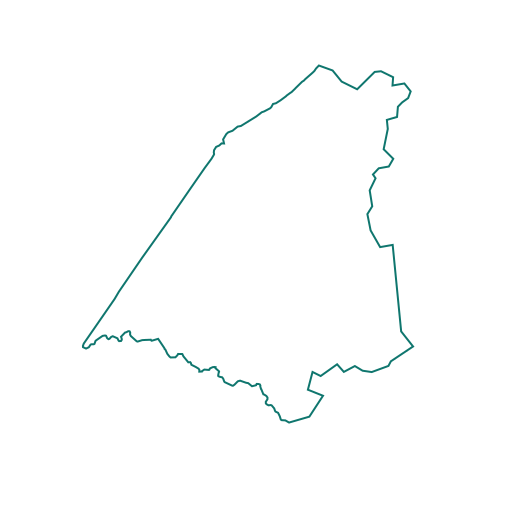 Pike, Kentucky, United States of America (orthographic projection), rotated 166°
{"feature_id": "52423323B94553693259062", "entity_name": "Pike", "entity_type": "district", "adm_level": 2, "iso_a3": "USA", "parent_name": "United States of America", "parent_adm1": "Kentucky", "projection": "orthographic", "projection_center": [-82.303, 37.469], "detail": "fine", "context": "isolated", "style": "outline", "palette": "teal", "viewbox_px": 512, "rotation_deg": 166, "n_neighbors": 0, "source": "geoboundaries", "source_scale": "gbopen_adm2", "svg_char_len": 2665}
<svg xmlns="http://www.w3.org/2000/svg" viewBox="0 0 512 512"><g transform="rotate(166 256 256)"><path d="M150.6,121.2L125.5,130.2L133.4,147.7L120.7,233.7L133.4,234.6L138.6,253.1L137.8,269.7L131.2,276.1L129.8,292.2L121.2,302.5L122.8,306.8L115.7,311.4L105.5,310.7L99.3,317.1L106.3,328.7L97.4,347.4L96.1,356.4L85.5,356.8L82.2,366.5L77.0,369.7L70.2,372.4L66.1,378.3L70.3,387.5L82.3,388.4L79.7,396.3L90.0,405.0L96.3,405.9L117.5,393.3L130.7,404.5L136.8,417.5L148.9,425.6L152.4,423.4L154.6,421.4L156.3,420.4L165.6,415.6L167.1,414.6L169.2,413.9L173.1,411.6L177.2,409.2L177.4,409.0L181.9,406.4L183.2,406.0L187.6,404.2L188.1,403.8L194.6,401.1L199.7,399.4L202.7,399.4L205.2,396.7L206.6,395.9L213.2,394.3L215.6,394.1L222.0,391.3L238.0,386.2L239.2,385.8L242.5,386.0L248.5,383.2L253.1,382.7L255.3,381.5L259.7,377.1L259.8,372.9L262.2,373.6L264.9,372.1L268.3,371.5L271.1,368.8L271.9,366.7L272.0,365.0L272.6,364.2L273.4,363.4L275.8,361.0L284.5,353.8L303.1,337.5L328.7,314.9L329.1,314.2L367.1,281.7L397.7,254.5L403.6,248.5L444.3,212.7L445.7,210.6L445.9,209.4L443.3,207.3L440.3,207.9L438.1,209.9L437.3,210.2L434.8,209.6L434.0,209.8L432.3,212.4L431.6,212.8L425.0,215.3L424.1,215.6L421.7,215.4L420.8,214.9L420.3,212.3L419.3,211.0L418.2,211.1L416.1,212.5L414.4,212.8L410.4,209.7L409.8,207.1L409.4,206.5L407.5,206.2L406.5,207.2L406.3,208.6L406.5,210.3L401.6,213.4L400.3,213.4L398.4,213.9L397.4,213.8L396.8,213.4L396.6,212.1L397.2,210.2L396.8,208.6L392.4,202.1L391.5,201.6L386.8,201.9L384.6,201.5L378.3,200.2L378.1,199.4L377.7,199.0L371.0,199.3L367.2,188.8L367.2,188.0L366.6,187.2L365.7,182.5L364.3,179.4L363.4,178.2L358.7,177.2L356.3,178.7L355.3,179.8L351.2,178.7L350.7,176.2L347.4,169.2L345.5,168.9L345.1,168.0L345.0,166.1L341.3,162.9L339.0,160.6L338.5,159.3L339.0,157.5L336.8,157.1L336.4,157.0L336.1,157.4L333.6,158.3L329.2,156.8L328.6,157.1L328.1,157.9L327.7,158.1L325.0,158.6L323.2,158.4L322.1,157.9L322.5,157.0L319.8,153.1L319.8,152.6L320.4,151.9L321.6,149.3L321.6,148.5L320.3,147.5L318.2,146.5L317.5,144.9L317.2,141.9L316.9,141.2L310.4,135.9L309.7,135.7L308.1,136.3L304.0,138.8L301.6,138.9L296.3,135.4L294.3,134.5L291.4,130.6L287.2,130.6L286.3,131.7L284.5,131.2L283.3,130.4L283.1,129.2L283.4,128.5L283.3,125.7L283.1,125.5L282.4,120.6L282.3,120.0L281.6,119.6L279.8,117.7L279.1,115.9L279.5,114.3L281.8,112.1L282.1,110.5L281.4,109.4L280.0,108.1L277.7,107.8L276.9,107.2L275.2,103.7L275.0,101.2L274.7,100.3L272.5,98.5L271.7,94.7L271.5,91.4L271.2,90.9L270.8,90.5L267.3,89.4L264.2,86.4L243.1,87.2L224.8,104.2L238.0,113.7L229.2,129.8L222.3,123.9L203.5,131.3L198.8,122.3L186.7,125.3L180.3,118.9L171.8,115.4L154.1,117.3L150.6,121.2Z" fill="none" stroke="#0f766e" stroke-width="2"/></g></svg>